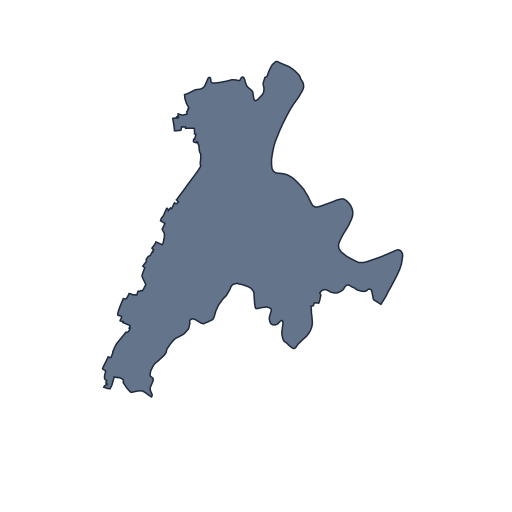 Binh Luc, Hà Nam, Vietnam, rotated 26°
{"feature_id": "81297802B47692200365960", "entity_name": "Binh Luc", "entity_type": "district", "adm_level": 2, "iso_a3": "VNM", "parent_name": "Vietnam", "parent_adm1": "Hà Nam", "projection": "equal_earth", "projection_center": [106.037, 20.489], "detail": "fine", "context": "isolated", "style": "filled", "palette": "slate", "viewbox_px": 512, "rotation_deg": 26, "n_neighbors": 0, "source": "geoboundaries", "source_scale": "gbopen_adm2", "svg_char_len": 6142}
<svg xmlns="http://www.w3.org/2000/svg" viewBox="0 0 512 512"><g transform="rotate(26 256 256)"><path d="M389.5,244.7L390.5,234.7L390.4,232.7L390.5,229.1L390.8,225.2L391.2,211.5L391.0,205.1L390.2,199.4L387.9,191.9L387.1,190.4L386.2,189.3L384.3,188.1L382.1,187.8L380.7,188.2L380.1,188.7L368.7,201.9L359.0,211.7L356.4,214.1L355.0,215.0L351.0,216.9L345.5,216.9L338.1,216.6L330.9,215.0L327.6,213.2L326.5,211.9L325.6,210.4L324.9,208.6L324.8,206.5L324.7,203.1L324.8,198.6L325.6,191.0L325.8,187.6L325.7,181.3L325.3,178.0L324.9,176.7L323.8,174.1L322.6,172.5L321.2,171.0L319.2,169.3L316.3,167.7L313.2,166.7L310.6,166.3L309.5,166.4L307.6,167.4L305.2,169.3L303.4,171.0L301.7,173.1L292.0,183.1L289.3,185.3L288.4,185.8L287.0,186.0L284.8,185.8L280.7,183.0L276.7,179.7L269.6,175.1L260.9,171.6L255.7,170.0L253.8,169.6L250.9,169.4L248.7,169.3L246.7,169.6L243.8,170.3L238.1,172.4L237.0,172.6L235.9,172.5L234.0,171.9L232.3,170.6L231.4,169.4L229.7,166.6L227.6,162.3L225.9,156.9L224.5,151.8L223.5,147.0L223.0,142.6L222.3,132.4L222.1,125.8L222.2,117.0L222.5,109.6L223.0,104.4L224.7,94.3L225.2,87.1L225.1,84.7L224.8,83.5L224.3,82.3L222.7,80.0L222.0,79.4L218.8,77.4L216.5,75.2L214.8,74.3L209.9,72.6L206.9,71.9L202.7,71.3L192.8,71.9L190.3,71.8L189.5,71.9L188.5,72.7L187.0,76.2L186.7,77.3L186.5,81.9L186.6,84.9L187.1,89.2L187.0,89.9L186.5,90.7L185.7,91.8L186.0,93.3L186.6,97.3L187.0,98.3L189.6,101.7L190.3,103.2L191.0,105.5L191.1,106.6L190.8,108.8L188.9,114.6L188.5,115.5L187.7,116.5L186.8,116.8L185.3,115.9L181.5,110.4L180.7,109.7L179.5,109.1L174.5,107.8L173.2,107.2L170.2,104.4L168.5,102.4L167.1,101.2L166.4,100.9L165.2,101.1L164.7,102.0L164.5,104.9L164.1,105.6L163.1,106.1L160.6,106.6L157.1,108.1L153.1,111.6L147.9,115.5L144.0,118.1L141.7,119.3L140.6,119.6L139.5,119.3L139.0,119.0L137.6,116.6L137.1,116.1L136.5,115.8L135.8,115.9L135.4,116.2L135.1,116.9L135.0,117.5L135.4,124.9L135.3,126.1L134.9,127.6L133.8,129.3L132.7,130.5L129.1,132.8L127.9,134.0L124.4,138.7L122.7,140.7L121.0,142.3L123.2,145.8L126.6,149.4L130.7,152.3L130.3,153.9L130.9,154.4L130.5,156.7L131.2,157.7L131.9,158.5L128.4,161.6L123.7,162.4L124.3,163.7L125.6,165.4L125.1,166.3L124.2,165.1L123.7,165.8L124.2,166.5L120.8,168.8L124.7,174.2L127.9,179.2L133.3,176.1L133.2,174.9L132.5,172.5L133.8,172.1L136.1,170.9L136.7,172.1L141.0,169.9L144.6,168.3L145.9,170.6L147.2,173.2L148.6,172.9L149.7,177.9L148.9,178.2L148.9,179.1L149.8,180.8L152.6,180.5L152.5,179.2L153.7,179.1L154.2,180.2L156.2,181.7L158.6,185.8L159.7,187.2L161.3,188.3L162.8,190.8L164.4,194.8L164.9,196.5L166.2,198.7L167.0,199.4L166.3,205.9L163.2,222.2L162.1,228.8L160.6,236.3L160.2,239.2L159.8,240.4L162.6,241.5L162.3,242.5L161.6,243.8L160.9,244.0L159.4,244.0L159.4,250.5L158.0,250.3L157.3,253.6L156.7,252.8L156.0,252.4L155.2,252.1L154.8,252.3L155.1,260.7L154.5,262.7L154.4,263.7L154.7,266.2L159.9,266.7L159.9,272.6L160.0,273.2L163.6,275.8L164.0,276.3L165.2,278.9L166.7,284.4L166.8,285.3L166.7,287.0L159.9,287.2L159.9,289.9L159.0,294.6L160.0,295.0L161.1,295.0L161.0,296.2L161.1,296.6L161.8,297.2L161.8,297.5L160.9,298.0L160.8,302.0L159.6,303.2L159.1,304.5L158.8,307.4L160.0,309.0L159.2,311.8L158.7,314.8L161.1,315.3L161.9,322.7L162.4,324.1L163.1,324.9L169.5,330.0L169.3,336.2L169.1,337.1L167.5,337.6L167.2,338.5L165.6,339.2L165.4,339.5L165.9,343.1L165.9,343.3L165.6,343.6L164.5,343.7L163.1,344.7L162.5,344.8L159.6,345.0L158.4,345.3L158.4,348.8L158.1,351.1L157.8,351.7L156.5,352.2L155.4,352.4L155.9,361.0L156.3,364.6L156.7,367.2L157.5,369.6L158.4,369.8L161.0,369.1L161.7,369.3L162.0,370.2L162.2,373.8L163.2,373.8L164.9,373.3L165.4,373.3L165.5,374.2L173.3,373.7L173.6,376.4L174.6,376.0L174.6,378.5L174.2,380.4L173.8,381.0L172.5,381.5L172.3,381.9L172.1,383.3L169.1,396.0L169.0,400.2L169.2,404.6L169.8,406.2L170.1,410.6L169.7,411.2L167.3,411.4L167.4,413.5L167.3,422.5L167.5,424.7L171.4,425.3L172.4,430.2L173.5,432.4L174.6,433.2L176.5,433.6L176.6,435.7L176.9,436.0L177.5,436.2L178.6,436.3L178.5,436.8L177.8,437.5L176.8,438.9L176.7,439.8L176.7,440.7L181.0,440.1L183.0,439.4L183.1,435.4L181.6,426.8L185.2,426.0L185.3,425.4L188.6,425.1L190.7,425.4L191.1,425.7L191.5,426.2L192.1,428.0L198.0,431.4L201.9,433.0L203.0,433.3L203.7,433.2L204.3,432.8L209.1,429.0L213.0,427.1L216.1,427.3L223.6,428.6L223.9,428.4L223.8,426.9L223.2,425.9L220.5,423.6L218.9,421.7L218.6,420.8L218.3,414.0L218.0,412.6L217.6,411.7L216.7,410.9L214.2,410.5L213.7,410.2L212.8,409.0L212.4,408.1L211.9,406.0L211.7,404.2L211.8,399.3L212.3,397.0L214.5,392.0L217.0,385.6L217.2,384.6L217.5,382.1L216.8,379.1L216.8,378.4L217.6,372.7L218.7,368.1L219.9,365.2L224.5,359.1L225.2,357.8L225.7,356.9L227.1,351.8L227.2,350.0L226.4,347.5L226.2,345.6L225.3,344.3L224.9,343.1L224.9,342.4L225.0,342.0L226.0,340.6L226.4,340.3L227.7,340.1L228.3,339.7L236.2,340.4L238.3,340.0L238.9,339.7L239.9,338.2L241.0,337.1L244.6,332.6L245.0,331.9L245.1,329.3L244.0,322.9L243.8,316.7L245.1,309.2L246.7,304.6L247.2,297.8L247.0,294.7L247.2,293.1L247.6,291.8L248.9,290.6L251.4,288.6L252.1,288.8L256.0,287.8L262.5,287.0L265.4,287.2L267.6,288.0L269.4,289.1L270.2,290.0L275.8,299.7L277.6,302.2L278.7,303.2L279.5,303.1L280.4,302.6L283.2,300.3L286.2,298.2L287.9,297.2L290.3,296.7L292.5,296.9L293.3,297.6L293.7,298.5L294.7,304.7L295.4,306.5L297.0,308.7L298.5,310.0L299.5,310.5L301.6,310.4L303.4,309.6L305.3,307.5L306.3,304.2L306.7,303.3L307.3,302.7L308.2,302.6L309.0,303.4L309.9,305.0L312.3,312.4L313.9,315.5L316.3,318.5L317.7,319.8L318.7,320.4L321.8,320.8L325.1,322.0L328.4,322.7L330.5,322.7L330.8,322.5L331.6,321.3L331.9,320.4L332.4,316.9L335.0,309.7L336.4,306.6L337.3,302.8L337.5,299.5L337.4,296.3L336.9,294.0L336.0,291.4L332.4,285.2L330.9,283.1L329.2,279.8L327.4,277.1L328.1,276.7L329.4,275.4L329.0,273.6L329.0,272.5L333.1,270.8L332.9,268.8L331.5,263.0L330.9,262.2L329.4,261.3L330.2,258.5L331.0,257.2L332.3,256.2L333.6,255.7L334.8,255.5L338.6,255.7L342.3,255.0L344.3,254.1L345.3,253.4L347.2,251.3L348.6,249.1L349.1,247.8L349.5,244.5L350.0,242.9L351.2,241.7L351.9,241.4L353.0,241.4L355.6,241.7L359.0,241.6L360.0,242.0L361.1,242.1L363.5,241.9L366.5,241.3L368.2,240.7L369.7,239.7L370.6,238.8L371.5,236.5L372.6,236.0L374.0,235.9L375.0,236.3L380.7,243.7L389.5,244.7Z" fill="#64748b" stroke="#1e293b" stroke-width="1.5"/></g></svg>